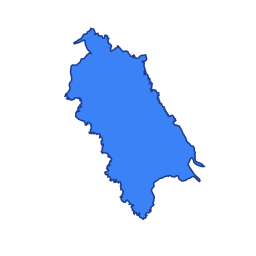 Porto Estrela, Mato Grosso, Brazil, rotated 299°
{"feature_id": "56859067B85478740045964", "entity_name": "Porto Estrela", "entity_type": "district", "adm_level": 2, "iso_a3": "BRA", "parent_name": "Brazil", "parent_adm1": "Mato Grosso", "projection": "mercator", "projection_center": [-57.219, -15.53], "detail": "fine", "context": "isolated", "style": "filled", "palette": "blue", "viewbox_px": 256, "rotation_deg": 299, "n_neighbors": 0, "source": "geoboundaries", "source_scale": "gbopen_adm2", "svg_char_len": 5864}
<svg xmlns="http://www.w3.org/2000/svg" viewBox="0 0 256 256"><g transform="rotate(299 128 128)"><path d="M125.2,60.9L124.5,62.6L125.3,62.8L124.8,64.6L126.8,66.8L128.4,67.0L129.0,67.5L129.7,69.9L130.9,71.0L130.3,71.8L129.4,71.9L128.8,72.8L130.2,72.9L127.3,75.3L126.2,75.3L125.4,74.7L124.5,74.9L124.1,76.9L122.8,75.8L122.7,74.5L121.8,74.8L121.0,74.5L120.2,75.4L120.2,76.2L118.6,75.4L118.6,76.9L117.1,75.2L116.3,75.0L115.2,75.6L112.7,76.6L111.9,79.6L111.8,80.7L112.0,83.6L112.6,85.4L112.6,86.3L111.7,88.0L110.0,89.3L110.4,90.1L111.4,90.1L111.8,90.9L112.7,89.9L113.5,90.2L114.0,91.2L113.2,92.9L113.1,94.4L112.1,94.4L111.1,95.5L110.2,95.7L109.4,96.2L108.1,96.0L106.5,97.4L105.7,96.8L105.4,96.2L104.8,97.1L105.2,97.8L105.3,98.6L106.1,99.5L106.5,100.9L107.3,100.2L107.0,101.5L107.7,102.4L107.3,103.9L108.8,105.0L109.0,105.9L108.3,106.5L108.1,107.5L106.8,107.4L105.8,107.9L106.9,108.6L107.1,109.4L106.1,110.8L105.1,111.0L104.5,111.8L103.6,110.9L101.3,112.3L100.5,113.4L101.3,113.4L101.9,114.3L100.5,115.1L99.2,115.3L98.1,115.1L97.0,115.6L96.3,116.4L94.5,116.0L93.9,116.8L93.6,118.1L94.7,118.5L95.4,120.9L95.5,122.5L95.3,123.7L94.0,124.1L94.2,125.3L93.3,125.0L93.9,126.8L93.4,127.3L93.1,128.3L92.2,129.2L91.2,128.6L90.5,129.2L90.0,128.3L89.0,128.5L87.9,129.2L86.6,128.8L86.6,130.1L85.7,129.6L84.8,128.3L83.8,128.9L82.6,128.8L82.6,129.8L81.7,129.8L81.9,130.9L81.3,131.6L79.1,130.5L78.8,129.6L78.0,129.3L76.7,130.5L76.5,131.5L77.6,133.2L75.5,134.1L76.1,135.0L76.2,136.0L75.1,137.8L74.1,137.4L73.4,137.7L73.8,139.1L76.0,140.3L75.6,141.1L74.5,141.5L73.8,142.3L74.5,143.4L75.1,143.0L76.8,142.7L75.6,144.5L75.8,145.4L75.5,146.3L76.5,146.1L76.9,147.4L76.0,148.5L75.2,148.9L74.8,149.8L73.3,149.6L72.4,150.8L70.7,151.5L71.1,152.5L70.2,154.7L69.0,154.6L68.1,155.6L66.4,155.1L65.4,156.0L64.5,156.1L64.6,154.9L63.8,154.7L63.5,156.0L62.4,156.5L61.4,157.9L61.5,158.9L61.1,160.5L61.8,161.7L64.0,161.8L64.6,162.3L63.9,164.6L63.1,165.8L61.9,166.1L62.9,167.0L62.5,169.0L63.2,169.5L62.8,170.4L61.3,169.1L60.4,169.1L59.2,171.5L58.1,171.8L58.4,173.1L58.0,173.8L56.6,173.9L55.8,175.2L57.8,175.4L58.1,176.3L56.4,177.7L56.3,178.6L59.1,179.1L58.4,179.9L57.0,179.8L55.7,181.8L56.0,183.4L55.5,185.5L56.6,185.7L57.4,186.8L58.6,187.0L59.2,186.4L60.9,186.9L60.5,185.3L61.8,185.2L63.3,185.6L63.6,187.1L65.5,188.1L66.0,186.9L67.0,186.9L66.9,188.0L68.9,186.9L69.9,186.6L71.9,187.2L72.7,187.8L73.8,187.6L74.3,186.3L75.3,185.9L76.6,186.0L78.1,185.1L79.4,184.9L80.9,184.0L84.7,178.7L87.5,178.5L89.4,179.1L92.4,177.2L93.6,177.3L96.1,179.0L99.1,180.1L101.4,182.6L103.0,183.3L104.1,184.8L105.0,185.2L105.3,186.8L106.6,187.1L106.9,188.6L106.8,190.4L107.8,192.5L110.3,194.2L110.3,195.0L109.5,196.1L108.6,196.8L107.9,198.3L107.8,200.8L108.2,201.7L108.7,202.3L110.5,203.9L111.2,204.4L112.0,204.5L114.4,206.6L116.4,207.6L117.3,208.7L117.2,211.0L116.5,212.4L115.8,216.4L116.7,216.6L117.7,215.6L118.2,214.2L119.4,209.0L119.8,208.0L124.0,199.9L124.7,198.7L126.0,198.1L130.6,197.6L131.8,197.7L132.9,198.5L132.7,199.4L129.9,202.5L129.3,204.6L129.3,207.2L129.8,209.8L130.2,211.6L131.3,213.3L131.7,212.2L132.3,209.0L131.8,205.8L131.8,203.1L133.9,201.3L136.6,200.0L136.8,199.2L137.7,198.9L138.7,199.0L139.5,198.3L140.4,196.7L142.1,196.1L142.9,195.2L143.7,193.6L143.2,192.5L143.1,191.5L144.4,188.3L144.3,187.2L144.8,186.0L147.5,182.9L148.4,181.0L149.2,180.4L149.2,179.3L151.2,177.3L154.5,171.9L154.3,170.6L153.9,169.8L154.0,168.8L153.4,168.2L153.4,167.1L155.0,164.7L155.9,164.8L156.6,165.8L157.6,166.2L158.0,165.4L158.9,165.1L158.7,163.9L159.6,163.1L160.6,160.6L159.7,159.5L158.3,158.5L157.9,157.6L159.1,156.8L158.7,156.0L160.1,155.3L159.8,154.3L160.8,153.5L160.7,152.5L161.5,152.4L162.0,151.7L162.0,150.4L163.2,150.3L163.9,149.4L163.5,147.9L164.8,146.0L165.6,145.4L164.9,144.5L165.1,143.7L166.1,143.4L165.8,142.7L166.6,142.6L167.4,142.1L167.2,140.5L168.9,140.5L168.6,139.2L169.5,138.8L171.4,139.2L171.4,138.3L172.2,138.7L173.7,137.7L173.0,136.2L174.4,134.0L174.0,132.1L173.3,131.5L172.4,131.5L171.3,130.8L172.2,130.4L173.4,130.2L172.8,129.0L173.7,128.6L174.9,129.0L175.9,128.8L176.6,128.0L177.9,128.0L178.7,127.5L177.4,125.4L178.9,125.7L179.8,125.4L179.5,124.3L180.1,123.6L181.5,123.6L181.8,122.8L181.2,122.2L180.9,121.5L182.3,121.3L183.9,119.6L183.7,118.9L184.4,118.2L183.9,117.3L183.2,117.0L182.7,116.2L183.7,116.1L185.3,116.6L184.9,115.1L186.3,115.6L186.2,114.6L187.5,114.6L190.2,111.7L191.8,111.2L192.7,110.6L192.8,108.4L193.6,108.6L194.2,110.2L196.0,110.9L197.2,110.9L198.7,109.8L200.5,108.0L198.7,105.9L198.4,105.0L197.2,104.0L195.8,103.4L194.9,103.5L193.8,102.9L193.3,102.3L193.3,101.4L192.8,100.4L193.5,99.6L192.6,98.5L193.4,98.7L194.6,98.4L194.5,97.6L192.6,96.6L191.9,95.4L193.0,94.2L193.2,93.1L194.1,91.4L194.8,90.8L194.4,88.8L193.7,88.0L192.4,87.0L192.8,85.3L193.6,83.0L194.0,82.3L194.1,81.2L194.9,80.1L194.7,79.1L193.8,79.7L193.0,79.5L191.4,78.1L190.4,78.1L189.3,77.5L187.0,75.8L187.6,74.8L189.1,74.6L189.8,73.6L191.0,74.2L192.2,73.4L192.6,71.9L192.4,70.6L193.1,70.0L192.9,69.1L194.0,68.8L194.7,68.3L195.2,67.4L197.1,67.8L196.8,66.4L198.5,65.6L198.4,63.4L197.5,62.9L195.9,63.7L194.9,63.4L194.4,62.9L195.8,60.6L195.4,59.5L194.6,58.4L194.9,57.3L196.1,55.9L195.6,55.0L193.9,53.7L194.8,53.6L196.8,51.4L197.9,49.8L197.1,48.4L197.1,47.2L194.9,47.5L192.0,45.8L191.2,46.4L190.2,46.2L189.2,44.5L188.2,43.9L183.7,43.8L181.1,42.0L179.7,41.4L176.3,39.4L175.6,40.2L176.3,41.0L179.2,43.8L182.3,45.9L183.1,46.6L183.7,47.7L180.3,50.3L177.3,54.2L175.2,60.3L175.2,58.9L174.7,58.0L174.1,57.5L173.3,57.4L172.4,56.7L168.1,56.2L167.2,55.7L165.8,53.7L162.6,54.1L161.6,53.9L158.1,52.4L157.5,51.8L156.4,49.2L155.2,48.4L153.9,48.6L149.2,50.5L147.8,51.5L145.6,53.7L142.1,55.7L139.3,55.2L138.4,55.3L136.4,56.2L135.0,58.0L132.5,58.4L129.4,58.0L128.3,57.7L127.6,57.1L125.3,57.5L126.3,58.6L127.2,58.0L127.0,59.0L126.0,59.8L125.2,60.9ZM125.2,60.9L124.2,59.9L123.9,61.0L125.2,60.9Z" fill="#3b82f6" stroke="#1e3a8a" stroke-width="1.5"/></g></svg>